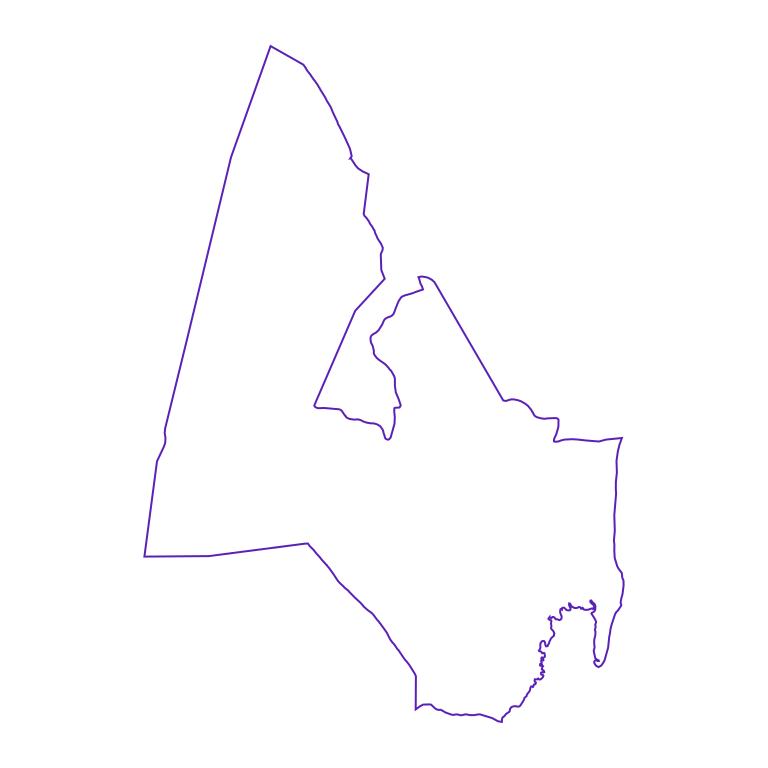 outline of Morrumbene, Inhambane, Mozambique
{"feature_id": "85939544B85400452133709", "entity_name": "Morrumbene", "entity_type": "district", "adm_level": 2, "iso_a3": "MOZ", "parent_name": "Mozambique", "parent_adm1": "Inhambane", "projection": "natural_earth1", "projection_center": [35.2, -23.422], "detail": "fine", "context": "isolated", "style": "outline", "palette": "violet", "viewbox_px": 768, "rotation_deg": 0, "n_neighbors": 0, "source": "geoboundaries", "source_scale": "gbopen_adm2", "svg_char_len": 6112}
<svg xmlns="http://www.w3.org/2000/svg" viewBox="0 0 768 768"><path d="M144.4,556.6L208.8,556.1L304.6,543.7L307.9,543.5L309.9,546.3L313.7,550.0L316.1,553.2L319.9,557.3L321.4,559.3L326.2,564.7L326.7,564.9L327.3,566.1L328.5,567.2L332.9,573.3L337.9,580.9L339.8,583.0L343.9,586.8L344.3,587.5L348.6,590.9L348.8,591.4L354.9,597.6L360.7,603.0L363.2,605.7L363.4,606.3L367.8,610.2L371.9,613.1L373.9,615.4L377.0,619.7L378.7,621.4L379.8,623.1L380.2,623.3L380.9,624.5L383.8,628.4L386.8,632.7L390.1,639.2L391.8,641.7L394.6,644.9L397.6,649.4L398.3,649.9L404.7,659.4L406.8,661.7L409.7,665.5L414.9,673.9L415.9,676.2L415.7,709.4L419.8,706.4L423.1,704.6L429.6,704.4L431.2,704.7L435.0,708.4L436.7,709.4L438.5,709.9L440.9,709.8L445.7,712.6L452.1,714.8L453.4,714.9L456.1,714.4L458.0,714.5L459.8,715.1L461.3,715.3L465.8,714.3L470.1,715.1L474.3,715.1L478.3,714.4L480.1,714.4L492.2,718.1L498.1,721.3L501.9,721.9L502.0,719.4L502.3,718.0L503.2,716.9L504.1,716.4L506.0,714.0L509.4,711.7L509.8,710.8L510.0,709.0L511.2,707.4L511.8,706.9L513.7,706.3L515.9,706.2L517.4,706.6L518.7,706.6L519.8,706.1L520.5,705.3L523.1,701.3L523.9,699.9L524.5,697.9L526.5,696.2L527.1,694.2L529.4,691.4L529.9,690.3L530.6,687.2L531.2,686.4L531.9,686.4L532.7,687.0L533.2,686.8L534.0,684.5L535.4,684.2L535.9,682.5L534.8,681.6L534.6,680.7L534.7,679.6L535.0,679.2L535.7,679.4L537.3,679.3L538.2,678.5L539.3,679.5L540.1,679.5L540.7,679.3L542.3,677.9L543.0,676.9L543.4,675.7L543.0,675.1L541.3,674.6L540.9,673.3L541.1,672.7L542.2,672.2L543.5,672.5L544.2,672.2L544.0,671.0L541.9,669.4L541.8,668.6L542.3,667.9L542.3,666.9L543.0,666.2L542.4,665.7L541.9,664.5L541.6,664.6L541.2,665.8L540.3,665.7L540.0,664.8L540.2,664.0L541.3,663.3L541.7,662.7L541.1,661.0L541.4,660.3L543.3,660.4L543.4,659.8L543.1,659.4L541.6,659.2L541.3,658.3L541.5,657.8L541.9,657.4L543.5,657.7L544.5,657.2L544.9,656.5L544.9,655.4L544.4,653.1L543.4,653.0L542.3,653.3L541.7,652.7L541.6,652.1L540.8,651.5L539.3,651.2L538.9,650.6L539.9,649.1L540.4,647.7L540.3,644.6L540.5,643.3L541.0,642.4L542.2,641.1L544.0,641.0L544.9,642.1L545.5,645.5L546.1,646.4L547.6,646.1L547.8,645.2L549.0,643.4L549.4,641.7L551.1,638.3L554.0,635.6L554.0,634.2L554.4,633.4L553.4,631.2L551.2,628.8L551.1,628.0L551.4,626.4L551.0,623.0L551.4,621.0L551.2,620.5L548.6,619.3L548.5,618.5L549.4,617.3L549.4,617.6L549.8,617.4L551.5,618.1L552.4,617.0L553.4,617.0L554.6,617.6L555.6,619.2L557.4,619.3L559.3,620.1L560.8,619.5L561.3,618.8L561.7,617.3L561.5,615.9L560.9,614.7L560.1,612.1L560.4,609.4L560.9,609.0L562.0,609.6L562.2,608.0L563.6,607.6L564.4,607.9L566.6,610.1L567.8,610.3L569.8,610.3L570.5,609.5L570.5,608.6L569.0,604.9L569.2,603.4L570.0,603.7L572.1,607.0L573.0,607.1L573.8,607.7L574.8,608.0L576.0,608.0L577.2,607.9L578.8,607.0L580.0,607.2L580.7,607.6L581.0,608.7L581.6,608.8L582.6,607.9L583.2,608.4L583.3,609.0L583.8,609.5L585.9,609.9L588.2,609.7L591.2,608.6L593.1,608.3L593.6,608.4L593.5,608.9L593.9,608.8L594.3,608.2L594.1,606.3L593.1,604.5L592.2,604.0L590.6,602.4L590.3,601.6L590.4,600.7L590.8,600.4L591.2,600.5L592.8,602.6L594.5,603.9L595.4,606.1L595.3,608.8L595.0,610.4L593.7,611.9L591.8,612.8L591.4,613.5L594.3,618.0L596.0,621.4L596.1,622.3L595.2,624.7L595.7,627.1L594.9,629.5L595.5,632.0L595.2,635.9L594.4,639.0L594.1,641.8L594.6,647.5L593.7,651.0L595.2,657.8L595.8,658.7L597.4,659.9L598.7,660.4L598.8,661.0L597.6,661.0L596.3,660.3L595.3,660.3L594.4,661.3L594.2,662.5L594.6,663.6L596.0,665.7L598.5,667.1L601.2,665.6L603.3,662.7L604.6,660.2L608.1,647.8L609.2,637.0L610.0,633.2L610.4,629.6L611.4,625.3L615.1,614.1L616.3,612.1L618.2,610.2L621.0,605.9L621.3,605.0L620.7,603.0L620.8,601.1L621.4,598.1L622.5,594.1L623.6,585.4L623.5,580.5L622.3,577.8L621.8,573.0L618.7,568.9L617.2,566.2L614.7,557.9L614.3,550.7L614.4,544.2L613.9,540.7L614.8,530.9L614.3,515.2L616.1,493.7L615.8,488.4L615.9,481.6L616.9,472.6L616.5,460.8L617.9,451.2L619.4,445.0L621.9,438.0L606.0,439.6L598.9,441.5L586.2,440.5L577.4,439.5L571.7,439.2L564.4,439.6L560.9,440.5L558.9,441.3L556.9,441.7L554.6,441.7L554.0,441.4L553.9,440.7L554.2,438.7L556.4,434.0L558.4,426.7L558.5,419.6L557.6,418.6L556.4,418.1L554.0,418.1L547.2,418.4L544.8,418.8L541.4,418.4L537.2,417.3L535.0,416.1L534.1,415.0L532.4,411.8L532.0,411.5L531.5,410.2L528.0,405.9L525.1,403.6L521.2,401.4L518.3,400.3L514.0,399.4L510.9,399.4L505.7,401.0L503.2,400.4L434.5,282.2L432.0,279.9L428.8,278.1L427.1,277.4L422.4,276.6L420.8,276.6L418.5,277.2L418.9,277.8L420.5,283.7L421.9,286.2L423.0,289.5L416.4,291.7L412.3,293.3L404.6,295.5L402.1,296.6L401.2,297.3L398.8,300.8L397.0,304.9L393.8,313.4L392.9,314.7L392.5,314.9L392.1,315.5L390.2,316.6L387.9,317.3L385.2,318.8L383.9,320.5L382.2,324.5L378.7,330.1L376.0,332.6L373.1,334.2L371.5,335.5L370.8,336.7L370.5,338.1L370.7,341.4L371.3,343.3L372.1,344.6L372.9,346.7L373.9,350.9L373.8,353.4L374.3,354.6L376.8,358.0L379.3,360.1L385.2,364.2L388.4,367.6L389.7,369.5L391.2,370.9L394.2,376.2L394.9,378.8L394.9,385.6L395.8,392.4L398.6,399.0L400.7,405.1L400.3,406.3L399.5,407.5L395.0,407.8L394.4,408.2L394.2,411.4L394.8,417.1L394.5,423.7L390.7,437.3L390.0,438.4L388.9,439.4L387.7,439.7L385.6,438.7L384.6,436.7L384.7,436.1L383.5,432.9L383.5,432.2L382.7,429.7L380.2,426.2L377.2,424.4L373.9,423.4L370.7,423.3L366.5,422.6L363.1,421.4L361.6,420.5L358.3,419.4L353.9,419.6L349.4,418.9L346.6,417.5L345.7,416.5L345.5,415.8L344.9,415.5L341.9,411.0L340.8,410.0L339.2,409.3L324.3,408.0L318.1,408.2L316.0,407.5L314.7,406.5L314.3,405.4L355.2,310.8L384.7,278.8L381.3,270.0L380.8,255.6L380.9,253.8L382.5,250.2L382.8,247.8L381.1,243.9L377.5,238.4L376.8,236.5L375.3,233.5L374.3,230.0L373.8,229.7L372.4,227.0L369.8,223.4L369.2,221.8L367.8,219.8L366.3,217.7L364.5,215.9L363.7,214.0L368.7,174.2L363.0,171.6L358.2,168.5L355.5,165.4L350.7,158.1L350.4,158.2L351.7,156.2L350.0,148.8L345.1,138.0L339.5,126.6L338.1,124.3L337.4,121.9L333.1,112.9L330.7,107.0L326.9,100.9L325.2,97.4L320.0,89.1L319.4,87.7L319.0,87.4L317.6,84.8L314.1,79.9L313.6,79.6L312.7,77.9L312.3,77.6L310.3,74.5L307.7,71.3L306.0,68.7L305.8,68.1L303.4,64.7L270.6,46.1L231.0,157.3L186.4,341.9L165.1,428.6L164.7,433.2L165.4,437.3L165.4,439.7L165.2,442.8L164.1,446.2L157.0,461.3L144.4,556.6Z" fill="none" stroke="#5b21b6" stroke-width="2"/></svg>